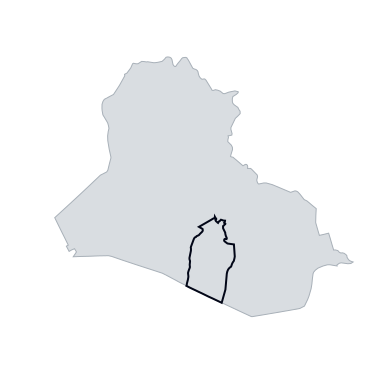 location of An-Najaf within Iraq, rotated 346°
{"feature_id": "IRQ-3061", "entity_name": "An-Najaf", "entity_type": "Province", "adm_level": 1, "iso_a3": "IRQ", "parent_name": "Iraq", "parent_adm1": "", "projection": "orthographic", "projection_center": [43.942, 31.079], "detail": "fine", "context": "in_parent", "style": "outline", "palette": "ink", "viewbox_px": 384, "rotation_deg": 346, "n_neighbors": 0, "source": "natural_earth", "source_scale": "10m", "svg_char_len": 4518}
<svg xmlns="http://www.w3.org/2000/svg" viewBox="0 0 384 384"><g transform="rotate(346 192 192)"><path d="M155.0,61.5L157.6,60.9L162.5,56.9L165.4,53.2L166.3,52.9L168.8,54.1L170.6,54.5L174.8,53.1L177.2,53.9L179.3,54.8L180.5,54.9L186.1,57.3L187.5,57.6L190.3,57.9L194.6,58.0L197.4,56.5L199.4,55.0L200.8,55.0L202.1,55.4L203.2,56.0L204.2,57.1L204.6,58.7L204.4,63.7L204.9,65.1L205.6,66.0L206.6,66.2L207.8,65.1L209.8,63.5L212.3,61.7L214.2,60.1L215.3,59.5L217.0,59.6L218.6,59.9L219.5,60.6L219.5,60.9L220.4,63.2L222.7,72.1L224.0,73.2L225.5,74.1L226.5,75.4L226.9,76.7L226.8,78.8L226.9,81.2L227.5,83.0L228.4,84.4L229.1,85.1L230.3,85.1L231.7,85.4L232.6,86.8L235.8,96.9L236.1,98.2L237.3,98.6L239.4,98.4L241.5,99.4L243.8,101.0L246.0,104.0L247.5,104.5L252.0,104.0L258.1,104.3L261.1,105.9L260.8,106.8L258.6,108.0L254.7,109.3L253.6,111.5L253.0,114.4L253.1,115.9L254.1,117.7L257.0,121.1L257.2,122.3L257.7,124.1L258.2,125.2L257.7,127.6L255.2,129.2L251.9,131.0L245.4,138.8L244.9,140.5L245.0,145.1L244.4,146.4L242.3,146.4L240.6,146.2L240.6,147.8L239.5,149.9L238.9,151.8L241.5,156.1L242.0,158.4L241.6,160.6L239.4,164.2L238.0,166.7L238.4,167.3L240.2,168.2L245.9,176.2L247.8,178.9L250.1,178.2L251.0,178.2L251.7,178.6L252.2,179.6L252.2,180.8L251.6,182.6L254.6,183.3L255.8,185.1L259.4,191.3L259.3,193.1L257.7,196.1L257.7,198.1L258.1,199.8L258.7,200.4L263.9,200.6L266.2,201.2L271.7,204.3L278.0,209.0L283.2,212.9L287.6,216.2L292.2,215.8L293.5,216.4L294.7,217.5L296.2,220.2L299.0,226.5L301.4,228.5L305.0,233.5L308.5,238.2L306.5,244.7L304.6,251.6L304.9,260.3L305.1,264.9L309.6,265.0L314.6,265.0L314.9,270.6L315.1,276.2L315.4,282.6L316.9,282.8L319.3,284.1L320.4,286.2L321.7,287.2L323.2,287.4L324.8,288.3L326.3,290.1L326.9,291.5L326.6,292.5L327.0,294.2L328.1,296.5L329.4,297.6L331.4,298.9L328.8,299.8L325.9,299.3L319.6,296.8L317.6,296.8L315.0,297.9L314.9,298.9L308.3,296.0L305.9,295.4L305.1,295.4L301.3,295.5L296.0,296.3L292.9,297.6L290.8,299.1L289.8,300.4L289.5,301.1L287.9,305.1L286.1,310.2L284.1,314.8L280.3,321.3L278.2,324.3L273.5,329.9L268.4,331.1L256.4,330.3L243.2,329.3L230.0,328.3L220.2,327.5L219.4,327.2L209.7,319.4L202.1,313.2L192.6,305.5L182.9,297.6L173.1,289.5L166.1,283.6L157.5,276.1L149.8,269.1L143.7,263.7L135.9,258.8L129.8,255.0L121.0,249.5L113.9,245.0L107.9,241.2L98.7,235.2L95.6,233.6L86.0,231.4L76.8,229.5L67.4,227.4L61.1,226.1L65.4,222.2L64.3,218.6L61.2,219.1L58.4,219.9L57.0,214.2L59.1,213.6L57.5,206.2L55.8,198.6L54.2,191.2L52.6,183.7L60.7,179.3L66.8,176.0L75.2,171.4L83.4,166.9L91.1,162.6L99.6,157.8L107.2,153.5L114.1,151.9L115.6,150.5L118.8,144.4L121.6,139.3L121.8,138.0L122.0,130.6L122.7,121.9L123.7,117.2L125.3,113.1L126.8,110.2L127.0,107.3L126.9,104.5L125.6,100.1L124.2,95.6L124.5,91.2L124.9,88.9L125.9,85.2L127.5,82.6L129.3,80.9L135.6,79.3L139.4,78.4L144.5,73.7L147.5,70.9L151.7,66.4L154.8,63.1L155.0,62.0L155.0,61.5Z" fill="#d9dde1" stroke="#a8b0b8" stroke-width="1"/><path d="M194.0,306.7L192.6,305.5L189.3,302.8L186.0,300.1L182.6,297.4L179.3,294.6L176.8,292.5L174.2,290.4L171.7,288.3L169.1,286.2L166.1,283.7L163.9,281.7L164.2,281.4L164.9,279.6L166.8,276.1L167.7,274.1L168.1,272.9L168.5,269.9L168.6,269.6L168.8,269.1L169.8,267.4L171.4,265.1L171.7,264.6L171.9,263.9L172.1,262.3L172.2,261.9L173.3,258.9L173.4,258.2L173.4,257.7L173.3,257.4L173.3,257.1L173.3,256.7L173.4,256.1L173.6,255.3L176.7,248.8L177.1,247.5L177.3,246.6L177.4,245.5L177.8,244.8L182.3,238.2L183.1,237.3L183.6,236.9L184.1,236.7L184.7,236.6L184.9,236.6L185.7,236.0L186.1,235.9L187.9,235.6L188.4,235.4L188.7,235.2L189.5,234.6L192.1,233.1L192.6,232.7L193.1,232.1L193.3,231.1L193.3,230.4L190.3,227.5L203.6,223.7L206.2,222.9L207.0,222.8L207.3,223.1L207.5,223.2L207.8,222.7L208.2,221.6L208.6,223.2L208.8,223.6L209.0,223.7L208.9,224.3L208.2,224.7L208.0,225.0L208.0,225.4L208.2,226.0L208.8,226.9L209.0,227.1L209.2,227.4L209.3,227.7L209.8,228.3L210.8,227.3L211.4,226.9L211.5,226.9L211.9,226.9L213.3,225.9L214.1,226.3L214.8,226.8L215.6,227.3L217.1,227.8L216.6,229.1L216.5,229.3L216.4,229.4L216.1,229.5L215.8,229.6L215.8,229.8L215.8,230.0L216.0,230.5L216.4,230.8L216.6,231.0L216.4,231.3L215.6,231.6L214.6,232.3L214.0,232.5L213.8,232.9L213.6,233.7L213.4,234.8L214.4,239.5L214.2,240.6L214.2,242.7L214.6,245.2L214.1,246.0L213.6,245.8L212.8,245.5L212.2,245.6L211.6,246.3L211.4,247.1L212.1,248.3L213.9,250.5L214.5,250.8L220.0,253.0L217.9,264.9L217.2,266.5L215.9,269.0L214.5,270.2L213.4,271.5L212.0,273.7L211.8,273.9L210.1,274.6L208.6,275.7L208.2,276.1L207.0,277.7L206.0,279.7L200.8,294.8L194.4,306.0L194.0,306.7Z" fill="none" stroke="#020617" stroke-width="2"/></g></svg>